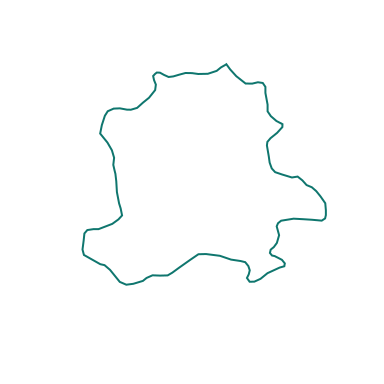 Radoviš, Natural Earth projection, rotated 321°
{"feature_id": "MKD-2905", "entity_name": "Radoviš", "entity_type": "Statistical Region", "adm_level": 1, "iso_a3": "MKD", "parent_name": "North Macedonia", "parent_adm1": "", "projection": "natural_earth1", "projection_center": [22.489, 41.639], "detail": "fine", "context": "isolated", "style": "outline", "palette": "teal", "viewbox_px": 384, "rotation_deg": 321, "n_neighbors": 0, "source": "natural_earth", "source_scale": "10m", "svg_char_len": 1768}
<svg xmlns="http://www.w3.org/2000/svg" viewBox="0 0 384 384"><g transform="rotate(321 192 192)"><path d="M145.2,126.9L147.9,121.4L153.0,116.4L156.0,109.2L157.4,100.4L157.4,88.8L164.0,83.3L172.3,77.9L176.8,76.4L177.3,76.2L183.6,77.9L188.6,81.6L193.3,87.1L196.3,89.6L202.3,92.1L210.2,91.7L217.9,91.7L227.5,89.6L231.5,85.8L232.9,81.2L234.8,77.4L237.5,77.0L239.8,77.0L242.2,79.1L243.9,83.3L246.2,87.9L250.2,90.4L256.2,92.9L261.8,95.4L266.8,99.6L271.1,104.2L278.7,110.1L287.4,113.4L293.0,113.4L298.4,114.3L299.1,114.3L298.8,120.8L299.3,129.9L301.9,141.4L306.9,145.6L312.3,148.2L315.6,151.8L315.2,156.5L311.4,161.2L305.7,171.7L301.5,176.9L301.0,182.7L302.3,190.0L305.0,196.2L303.1,198.4L295.4,199.6L286.8,199.6L282.1,200.5L279.5,203.0L274.1,212.6L270.8,218.1L268.8,223.9L269.1,228.9L273.1,235.2L278.8,243.6L283.8,246.5L285.1,252.4L285.4,258.7L288.1,263.7L289.1,269.5L289.1,276.2L288.5,284.6L284.5,290.5L281.5,294.2L278.8,296.3L274.8,295.9L267.9,289.2L261.5,283.3L254.2,276.7L243.2,270.4L239.2,270.4L236.2,272.0L232.5,280.4L225.9,285.0L220.9,286.3L216.9,286.3L214.2,288.4L214.2,291.7L215.9,293.8L217.6,297.6L219.2,301.3L219.2,305.9L217.0,307.8L212.6,305.9L199.6,302.6L190.6,302.6L184.0,300.9L180.3,298.0L180.6,293.4L184.3,291.7L187.6,289.2L189.2,285.0L189.2,280.0L186.3,276.2L179.8,269.1L173.5,259.1L163.8,249.0L157.8,244.4L147.9,243.6L134.2,242.7L125.9,242.3L120.6,241.5L114.6,236.9L108.9,231.9L102.6,230.2L97.9,230.2L90.8,227.3L88.6,226.4L82.6,222.7L79.3,216.4L79.3,210.1L79.3,200.9L78.0,193.8L75.3,190.4L71.0,179.5L68.4,172.9L70.7,167.8L77.3,161.5L82.3,156.5L86.7,155.7L92.3,159.0L95.9,162.0L102.3,164.1L110.0,166.6L117.6,167.0L122.9,166.2L126.2,159.9L128.2,154.9L133.6,144.8L139.9,136.0L143.9,129.7L145.2,126.9Z" fill="none" stroke="#0f766e" stroke-width="2"/></g></svg>